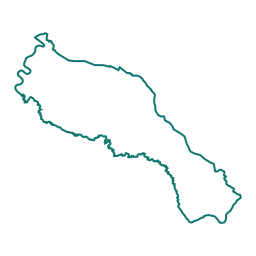 Andalucía, Valle del Cauca, Colombia
{"feature_id": "7082276B16460113853729", "entity_name": "Andalucía", "entity_type": "district", "adm_level": 2, "iso_a3": "COL", "parent_name": "Colombia", "parent_adm1": "Valle del Cauca", "projection": "albers", "projection_center": [-76.175, 4.142], "detail": "fine", "context": "isolated", "style": "outline", "palette": "teal", "viewbox_px": 256, "rotation_deg": 0, "n_neighbors": 0, "source": "geoboundaries", "source_scale": "gbopen_adm2", "svg_char_len": 5796}
<svg xmlns="http://www.w3.org/2000/svg" viewBox="0 0 256 256"><path d="M240.2,195.0L237.5,194.3L236.0,193.3L235.3,192.5L233.5,191.8L233.1,191.1L233.9,189.6L233.7,188.5L233.3,188.2L232.0,187.8L230.2,186.4L227.4,185.1L226.7,184.3L226.4,183.3L226.5,181.3L225.7,180.4L224.7,179.7L224.2,178.6L224.4,177.9L225.7,177.2L225.9,176.5L225.5,176.0L224.6,175.8L224.0,175.3L224.4,172.6L224.1,171.4L223.0,171.1L221.1,169.8L220.6,169.7L219.4,169.9L218.0,171.1L217.3,171.4L215.7,171.6L215.2,171.2L215.0,170.7L214.0,164.5L213.4,163.7L210.5,162.6L204.8,159.1L200.3,155.1L194.1,153.4L190.7,151.6L189.6,150.2L188.7,147.4L187.0,144.4L185.7,140.4L185.1,137.8L184.3,136.2L179.6,132.8L174.7,130.0L173.5,129.0L172.2,125.8L169.5,122.7L165.3,120.7L164.4,118.7L164.4,117.2L164.0,116.5L163.0,116.3L160.8,116.5L158.9,115.4L157.9,114.6L155.7,111.1L155.3,109.6L155.3,106.5L154.5,104.0L154.1,100.8L154.1,99.9L154.9,95.6L154.9,94.8L154.5,93.9L153.5,92.7L152.3,91.8L150.9,89.3L150.1,88.9L149.1,87.5L147.0,85.9L146.1,83.7L144.9,82.1L143.4,80.7L142.6,79.2L141.1,77.5L139.9,76.7L137.4,75.6L132.5,75.6L132.0,75.1L131.9,74.4L130.4,74.1L130.2,73.2L127.0,73.0L119.7,67.2L118.4,70.2L115.2,68.3L110.1,66.1L109.8,66.7L103.3,65.2L94.8,65.1L84.7,61.1L74.2,61.1L68.8,60.5L58.4,54.2L56.1,52.2L54.7,50.1L53.8,50.3L52.9,49.3L53.6,47.1L53.8,45.2L52.3,43.3L51.4,42.7L51.5,41.6L51.3,41.2L50.3,40.9L48.9,41.6L48.7,41.3L48.8,40.6L46.7,40.1L46.7,37.3L47.3,34.2L45.3,33.2L43.4,34.1L40.8,34.4L39.7,34.7L37.0,36.1L35.0,37.4L35.8,38.3L38.7,40.3L43.8,44.4L44.2,44.9L44.2,45.8L43.5,46.5L42.7,46.6L40.1,45.7L39.2,45.6L37.2,46.2L36.0,47.0L35.5,47.7L35.1,51.4L34.7,52.4L33.6,53.9L31.7,55.6L27.9,57.0L26.2,58.2L25.1,61.2L24.4,62.6L24.1,63.6L24.1,65.2L25.0,66.5L29.1,69.0L29.9,69.8L30.5,70.8L30.3,72.1L29.0,73.5L27.4,74.0L26.7,73.9L25.6,73.3L22.6,70.9L21.6,70.5L21.0,70.5L19.7,71.0L18.6,71.9L17.9,73.1L17.8,74.0L18.0,75.1L22.1,78.9L22.7,79.9L22.8,81.5L22.1,83.0L20.2,84.4L17.7,84.7L16.3,85.4L15.4,86.6L15.4,88.0L15.8,89.6L17.4,91.7L21.0,94.5L21.7,95.6L22.4,94.7L23.0,94.7L23.1,95.7L24.1,95.5L24.1,95.9L24.7,96.3L24.7,96.6L23.9,96.9L24.5,97.6L24.4,98.2L23.4,98.4L23.1,98.9L23.5,99.6L25.5,100.8L25.6,101.1L24.5,102.0L24.6,102.5L25.1,102.6L26.0,102.2L26.7,102.4L27.1,102.2L27.8,100.6L29.4,98.6L30.1,97.3L30.9,97.1L32.9,98.2L34.1,99.7L34.6,100.9L35.2,100.8L36.0,101.3L36.5,101.2L37.6,101.9L38.4,103.6L37.7,104.1L37.6,104.7L38.1,105.1L39.7,105.2L40.3,106.5L39.7,107.7L39.6,108.4L40.3,109.5L40.8,109.6L38.8,110.9L38.7,111.7L38.9,111.9L39.2,111.9L39.3,112.5L38.8,112.5L39.0,112.9L40.7,113.4L40.6,114.5L40.1,115.1L41.5,116.3L41.0,118.8L41.7,119.3L42.2,119.3L42.9,120.0L43.8,122.0L44.3,122.1L45.6,121.8L46.2,122.2L46.4,123.0L46.8,123.1L48.4,121.8L49.6,121.7L50.0,122.0L50.1,122.8L50.5,123.2L51.7,123.2L51.3,124.2L51.8,124.7L52.9,124.9L53.9,124.7L54.5,125.2L55.8,125.5L58.3,127.3L60.1,127.3L62.0,129.6L64.9,130.7L65.6,131.4L66.8,131.7L67.6,132.2L68.6,132.0L69.2,132.4L69.8,132.3L70.6,132.7L73.0,133.0L73.3,133.3L72.9,133.8L73.1,134.0L74.5,133.8L74.8,134.1L74.4,135.2L74.9,135.8L75.6,135.7L76.1,134.7L76.5,134.7L76.7,135.6L77.1,135.7L77.5,135.5L77.5,135.0L77.8,134.7L78.3,134.9L79.4,134.4L80.4,134.9L81.0,134.7L81.5,135.8L82.1,136.0L82.9,136.8L83.9,136.7L84.8,137.2L85.8,136.7L86.5,136.6L89.5,139.7L90.7,139.2L91.6,139.9L94.1,140.3L94.5,139.7L94.5,138.4L96.0,137.8L96.8,138.0L97.8,136.8L98.9,136.9L98.9,135.6L100.2,135.6L100.9,135.2L103.8,136.6L105.3,136.1L106.1,136.9L106.2,138.7L104.9,140.5L104.7,141.7L105.1,142.0L106.2,141.6L106.5,141.9L105.5,142.9L105.3,143.4L105.7,143.3L106.5,142.6L107.5,142.1L108.1,139.9L109.8,140.4L109.5,141.6L110.5,143.0L110.5,143.9L110.0,144.6L108.8,145.1L108.3,145.6L108.2,147.2L108.5,147.5L108.9,147.0L109.2,147.0L109.3,147.4L109.1,148.4L109.3,148.6L110.8,148.2L111.8,148.7L112.1,149.1L112.1,150.3L113.1,149.9L113.6,149.9L113.5,151.0L113.0,151.9L114.6,153.8L113.9,155.2L114.0,156.1L117.8,155.8L119.4,154.9L120.9,155.0L121.5,154.1L122.1,154.5L122.6,155.7L124.1,155.8L124.8,155.4L125.0,154.5L125.8,153.8L125.9,153.2L126.3,153.2L128.9,154.4L128.9,155.5L128.2,156.8L128.4,157.3L130.2,156.9L131.2,157.2L131.5,156.9L131.7,155.9L132.3,155.7L133.0,156.1L133.6,156.9L135.2,156.7L136.9,156.9L137.5,156.4L137.6,155.1L138.0,154.6L139.7,154.1L140.9,154.5L141.4,154.4L142.9,153.2L143.2,153.2L144.1,153.4L144.9,154.0L144.1,155.1L144.3,155.9L144.8,156.5L145.6,156.9L148.5,157.6L148.4,158.1L147.4,158.9L147.5,159.4L147.8,159.7L148.5,159.7L150.0,160.4L151.5,159.2L151.9,159.1L153.0,159.8L153.6,161.2L153.9,161.4L155.5,161.0L157.0,161.4L157.8,160.4L158.0,160.5L158.3,161.7L159.4,161.7L159.9,161.9L159.6,163.6L160.5,163.7L161.5,165.2L164.0,165.3L164.3,166.2L165.2,165.9L165.7,166.5L165.9,167.3L166.3,167.3L166.5,166.9L166.8,167.5L167.4,167.8L167.6,168.4L167.1,168.7L167.0,169.5L166.3,169.7L165.5,170.5L165.7,171.0L166.1,171.3L166.9,171.5L167.4,172.2L168.4,172.1L168.6,172.5L167.9,173.1L167.9,173.7L169.8,174.5L170.5,175.6L171.3,175.6L171.5,176.0L171.2,176.8L171.6,177.6L173.3,178.0L173.3,178.5L172.5,178.8L172.8,180.3L173.3,180.3L173.5,180.5L172.6,181.2L173.3,182.9L172.9,183.4L173.5,184.0L174.4,184.1L174.1,184.8L174.8,185.3L174.5,186.5L174.6,187.5L175.4,189.8L175.8,189.9L176.0,190.9L176.7,191.3L176.6,193.3L177.9,195.0L177.8,196.0L178.2,196.9L177.1,197.7L178.4,199.8L177.6,200.4L177.5,201.2L179.4,204.3L178.3,205.8L178.2,206.3L178.8,207.5L182.1,211.9L182.1,212.5L182.7,213.4L184.8,215.5L186.0,217.9L187.7,219.4L189.3,221.7L190.5,222.4L191.8,222.4L193.1,221.8L194.2,221.0L197.8,220.0L201.0,218.0L203.4,217.2L204.3,216.0L206.3,215.4L209.0,215.1L213.2,216.0L214.8,216.5L217.6,219.3L219.9,222.7L222.5,222.8L224.3,222.3L225.2,221.2L226.0,218.5L226.1,214.8L227.2,213.3L230.1,211.0L231.2,209.8L231.3,209.2L232.4,207.5L233.0,205.7L236.0,202.4L237.1,200.2L238.1,199.9L239.0,198.9L240.6,198.0L240.6,196.7L240.2,195.0Z" fill="none" stroke="#0f766e" stroke-width="2"/></svg>